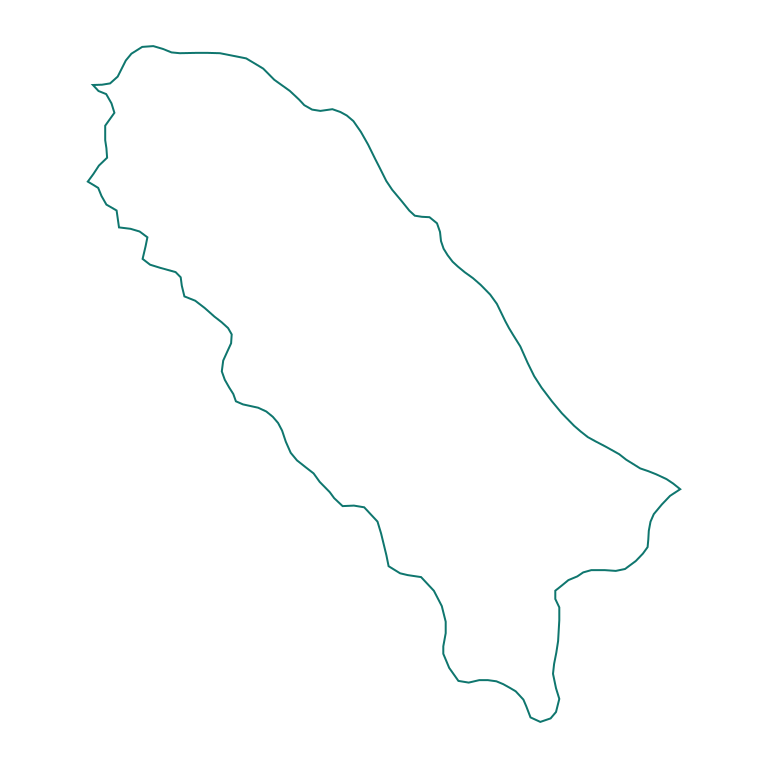 the district of Sabino, São Paulo, Brazil
{"feature_id": "56859067B35767000165463", "entity_name": "Sabino", "entity_type": "district", "adm_level": 2, "iso_a3": "BRA", "parent_name": "Brazil", "parent_adm1": "São Paulo", "projection": "albers", "projection_center": [-49.574, -21.483], "detail": "fine", "context": "isolated", "style": "outline", "palette": "teal", "viewbox_px": 768, "rotation_deg": 0, "n_neighbors": 0, "source": "geoboundaries", "source_scale": "gbopen_adm2", "svg_char_len": 2318}
<svg xmlns="http://www.w3.org/2000/svg" viewBox="0 0 768 768"><path d="M92.9,85.0L98.5,91.0L106.2,94.1L111.5,103.4L114.4,112.8L105.2,125.7L105.2,140.2L106.4,148.1L107.1,157.7L98.9,165.6L93.4,174.0L87.8,181.6L98.2,187.9L101.5,196.0L106.4,204.6L116.6,210.5L119.0,227.4L130.5,228.8L139.6,231.5L147.4,237.3L145.6,246.2L142.6,258.9L150.1,264.7L160.1,267.8L175.6,272.1L180.7,277.3L181.8,285.7L184.4,296.4L195.2,300.7L204.7,308.0L214.4,316.6L221.5,322.1L228.1,328.1L231.7,334.4L231.1,343.3L227.7,350.7L223.2,360.6L221.8,371.4L224.8,379.8L229.3,387.7L233.3,394.0L235.9,401.3L243.0,404.4L258.1,407.7L266.3,411.5L272.8,416.8L278.1,423.0L282.1,430.6L285.8,441.7L290.7,452.8L297.0,460.4L305.1,466.8L313.6,473.4L319.7,481.9L329.8,492.2L334.2,498.2L342.6,506.1L353.9,505.6L364.2,507.3L377.5,521.6L381.1,533.5L386.4,555.3L388.6,566.2L400.1,573.3L407.7,575.1L421.1,577.1L433.9,590.8L441.8,606.1L445.7,621.7L445.7,633.2L443.3,646.3L443.3,653.8L449.2,667.9L458.4,680.9L468.7,682.6L479.4,680.1L487.6,680.1L496.4,681.3L503.1,684.1L509.6,687.7L515.7,691.3L523.4,699.6L526.3,706.4L530.5,717.4L540.3,721.9L550.6,718.4L556.0,712.0L559.3,698.9L556.0,688.2L553.0,673.8L554.1,663.9L556.3,652.7L558.1,641.1L559.3,620.1L559.3,607.4L555.3,599.0L555.3,590.7L562.2,585.2L568.4,580.1L577.3,576.4L583.2,572.4L591.4,570.1L604.3,570.1L615.8,570.9L625.0,569.0L635.8,561.0L642.9,553.6L647.6,547.1L648.3,539.5L648.8,530.8L650.5,521.7L653.8,514.1L661.8,504.5L670.1,495.8L680.2,489.2L673.1,483.5L666.5,479.1L656.2,474.3L648.4,471.2L640.2,468.4L626.2,459.7L619.2,454.2L605.6,446.6L595.6,441.4L587.8,437.1L580.7,431.5L574.1,425.8L561.9,413.3L551.9,401.3L541.6,387.7L534.2,376.2L527.6,362.8L520.3,346.4L512.8,334.4L509.0,328.1L505.4,321.4L496.9,303.9L490.2,294.6L480.7,284.9L472.9,278.1L464.7,272.2L457.8,266.5L452.6,261.7L447.7,255.3L443.6,248.7L441.0,241.1L440.0,231.9L437.0,223.3L429.5,217.2L421.9,216.8L414.8,215.7L409.3,210.6L401.9,201.4L392.2,189.8L386.3,181.0L379.2,166.8L375.3,159.2L368.1,144.6L360.9,131.9L353.4,121.1L346.8,115.5L340.4,112.0L332.4,109.2L320.4,110.9L312.1,109.6L304.3,105.2L299.1,99.6L289.8,90.9L274.3,79.8L263.2,68.6L246.2,58.4L219.9,53.2L208.4,52.9L195.0,52.9L179.8,53.2L171.5,52.4L162.8,48.9L153.3,46.1L142.2,46.9L131.4,53.7L125.8,60.5L117.7,76.6L110.1,83.4L102.1,84.7L92.9,85.0Z" fill="none" stroke="#0f766e" stroke-width="2"/></svg>